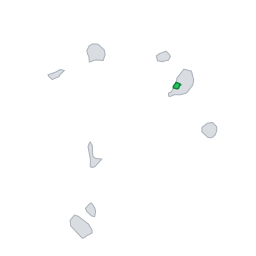 where São Miguel sits in Cabo Verde, rotated 252°
{"feature_id": "CPV-5047", "entity_name": "São Miguel", "entity_type": "state/province", "adm_level": 1, "iso_a3": "CPV", "parent_name": "Cabo Verde", "parent_adm1": "", "projection": "albers", "projection_center": [-23.646, 15.174], "detail": "fine", "context": "in_parent", "style": "filled", "palette": "green", "viewbox_px": 256, "rotation_deg": 252, "n_neighbors": 0, "source": "natural_earth", "source_scale": "10m", "svg_char_len": 1399}
<svg xmlns="http://www.w3.org/2000/svg" viewBox="0 0 256 256"><g transform="rotate(252 128 128)"><path d="M166.7,199.4L162.5,205.9L153.4,205.4L148.7,202.7L143.2,194.5L143.4,188.1L145.3,182.6L145.0,177.8L145.8,176.5L148.6,177.3L149.0,180.6L157.3,188.5L160.4,190.0L166.7,199.4ZM48.8,60.8L42.1,62.2L39.3,61.5L38.4,55.8L37.1,52.0L37.4,50.4L52.7,43.2L58.1,44.4L61.8,50.3L59.3,53.5L48.8,60.8ZM202.7,111.6L208.4,112.9L210.6,112.4L214.2,112.7L218.1,116.4L218.9,120.4L217.0,125.4L209.4,129.5L205.0,129.0L199.9,125.3L202.8,118.0L202.7,111.6ZM107.1,210.1L101.8,212.8L98.0,211.6L94.5,208.8L92.8,204.7L94.2,201.2L101.4,197.1L105.7,198.5L108.0,204.9L107.1,210.1ZM122.6,84.2L125.4,86.3L126.4,87.8L122.2,88.6L112.0,85.8L109.3,87.5L106.5,93.4L101.4,84.4L101.7,81.2L102.9,80.2L110.1,82.6L122.6,84.2ZM184.7,190.2L182.8,190.4L179.9,187.2L180.6,182.8L180.2,181.6L182.8,176.8L187.8,177.2L189.0,180.8L189.3,188.0L184.7,190.2ZM68.0,70.0L62.4,71.7L58.9,71.5L54.0,68.9L55.6,66.2L61.0,63.2L64.7,62.6L67.7,68.0L68.0,70.0ZM204.6,81.5L202.4,85.2L199.7,79.8L198.3,78.6L197.5,70.9L201.5,68.6L203.4,68.4L203.5,76.3L204.6,81.5Z" fill="#d9dde1" stroke="#a8b0b8" stroke-width="1"/><path d="M152.1,183.6L153.3,183.8L153.9,184.3L154.9,186.0L156.5,187.8L154.6,190.2L154.1,190.6L153.2,191.5L152.6,191.3L152.5,190.2L151.3,189.3L150.0,188.1L150.1,186.8L151.1,185.2L152.1,183.6Z" fill="#22c55e" stroke="#15803d" stroke-width="1.5"/></g></svg>